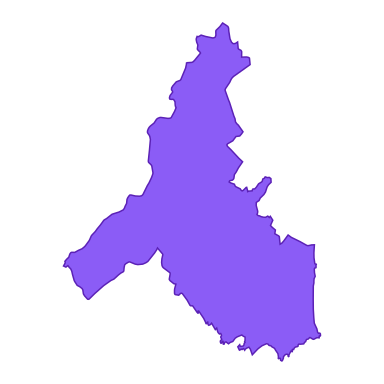 the district of Quynh Luu, Nghệ An, Vietnam
{"feature_id": "81297802B4221517004962", "entity_name": "Quynh Luu", "entity_type": "district", "adm_level": 2, "iso_a3": "VNM", "parent_name": "Vietnam", "parent_adm1": "Nghệ An", "projection": "equal_earth", "projection_center": [105.608, 19.233], "detail": "fine", "context": "isolated", "style": "filled", "palette": "violet", "viewbox_px": 384, "rotation_deg": 0, "n_neighbors": 0, "source": "geoboundaries", "source_scale": "gbopen_adm2", "svg_char_len": 6013}
<svg xmlns="http://www.w3.org/2000/svg" viewBox="0 0 384 384"><path d="M252.3,354.8L257.8,349.0L259.4,347.7L262.1,345.7L266.5,343.7L268.0,344.1L268.7,345.1L269.3,345.5L270.8,345.7L272.0,346.9L273.9,347.9L274.7,348.6L275.5,350.1L277.9,353.6L278.4,356.6L278.3,358.5L278.6,358.7L279.6,358.3L280.2,358.3L280.5,358.9L280.6,360.3L281.9,361.0L282.6,360.2L283.4,358.2L283.5,356.7L285.0,354.9L285.8,354.4L286.8,354.2L287.4,354.3L288.0,354.9L288.1,356.2L288.6,356.6L288.9,356.4L288.9,355.2L289.3,354.2L290.9,351.1L291.5,350.9L291.8,351.6L292.3,351.6L292.2,350.0L292.4,349.5L293.0,349.3L293.6,349.6L294.2,348.2L294.8,347.5L295.5,347.0L297.2,346.7L297.7,346.4L298.1,346.1L298.1,345.1L298.4,344.5L298.9,344.1L300.3,344.2L303.7,343.9L304.6,342.3L305.6,341.7L306.3,339.8L306.7,339.4L308.3,339.0L309.6,337.6L310.0,337.5L312.9,339.2L313.8,339.3L316.8,337.7L319.2,337.8L319.2,336.2L319.4,335.9L320.3,336.0L320.5,335.7L320.4,333.9L320.1,333.4L319.7,333.1L318.5,333.3L317.6,332.2L316.9,328.9L314.3,323.2L313.8,317.7L313.3,309.3L313.2,299.4L313.3,286.0L313.9,283.0L313.9,280.9L314.1,278.7L315.2,276.3L314.5,272.8L314.3,269.4L314.5,268.4L314.9,268.0L315.8,267.8L316.0,267.4L316.1,267.0L315.9,265.8L316.3,264.3L316.1,264.1L315.2,264.0L314.8,263.5L314.0,257.8L313.9,252.9L314.4,244.8L311.7,244.9L308.5,245.6L307.4,245.6L306.8,245.4L300.0,241.6L291.4,237.4L288.1,235.0L283.8,240.9L281.9,243.1L280.1,244.2L279.3,236.6L278.7,235.9L274.8,233.7L275.4,230.0L272.1,227.2L270.5,225.5L272.8,220.2L270.3,216.3L269.3,217.5L267.8,216.1L265.5,217.3L263.5,217.2L261.0,216.6L259.7,215.9L258.2,215.6L257.0,214.6L257.6,212.8L257.7,211.2L256.2,205.5L256.3,202.4L259.1,200.5L260.2,198.1L263.9,194.5L265.1,192.6L265.5,192.0L267.0,187.3L267.5,186.3L268.6,184.7L271.1,182.3L270.9,178.6L269.3,177.4L267.2,177.6L265.5,176.9L264.9,177.1L264.4,178.2L262.8,179.0L262.3,181.0L261.8,181.8L258.6,183.8L256.2,187.4L254.7,188.9L252.9,189.0L252.5,189.5L252.2,190.8L249.1,191.1L247.7,191.6L247.7,190.4L247.4,190.1L246.7,187.3L246.2,187.4L243.2,190.4L242.1,190.9L241.1,190.2L240.2,188.8L235.8,186.7L235.0,185.8L234.4,184.2L230.7,182.9L229.2,182.1L229.3,181.4L229.8,180.7L232.5,180.1L233.5,179.1L233.9,178.2L234.4,174.6L236.2,172.0L238.4,167.9L242.6,161.8L238.5,157.9L231.0,149.8L227.5,146.4L227.0,145.3L226.9,144.7L227.6,143.8L232.8,140.8L236.0,136.5L239.7,136.0L241.4,134.1L243.0,131.8L238.4,125.2L236.7,123.6L235.5,121.9L235.0,118.7L233.9,116.1L229.6,102.6L228.5,99.9L225.2,90.6L225.1,89.6L225.6,88.5L229.7,82.4L231.1,79.4L232.1,77.9L233.6,76.4L250.1,64.6L249.5,58.4L249.4,58.0L248.4,57.4L246.7,57.0L241.6,57.1L241.7,51.9L241.6,51.4L241.0,50.4L238.5,49.0L238.2,48.6L237.6,42.0L235.5,43.4L233.9,43.7L232.9,43.5L231.5,42.2L230.0,38.8L228.8,31.2L228.6,28.3L228.3,27.2L227.8,26.4L225.8,25.0L222.6,23.0L219.9,26.6L216.1,30.3L215.9,30.8L215.8,31.6L215.9,35.1L215.4,36.7L215.1,37.2L214.7,37.5L213.0,38.0L205.7,36.5L201.1,35.1L199.0,36.4L197.9,36.7L197.1,36.4L196.3,38.5L196.2,39.7L196.7,42.2L197.7,44.6L197.8,45.3L197.3,49.0L197.7,49.8L200.3,52.5L200.5,53.1L194.7,60.2L193.2,61.7L192.2,62.3L191.5,62.4L187.1,62.7L186.5,63.0L186.4,64.4L185.6,68.1L180.9,79.4L180.5,80.0L180.0,80.4L176.3,81.8L172.7,86.0L171.6,87.9L171.5,89.8L172.5,91.2L172.6,92.2L170.1,95.5L169.5,97.4L169.5,98.3L169.8,99.1L171.1,99.4L172.8,99.3L173.5,99.5L174.1,100.2L175.0,101.8L175.2,105.2L175.6,107.0L176.0,107.3L176.0,107.9L174.6,111.3L171.3,117.4L170.8,117.9L170.0,118.2L168.0,118.4L160.7,117.4L159.5,117.6L157.6,118.4L156.5,119.3L154.1,123.0L150.4,126.0L149.2,127.3L148.4,128.6L147.6,130.6L147.4,132.1L147.8,133.2L149.4,135.5L149.9,136.9L150.4,139.5L149.4,150.7L148.3,161.1L148.4,161.7L148.6,162.4L151.1,164.8L151.8,166.0L153.0,173.1L152.6,174.6L151.5,177.6L149.0,182.9L147.3,185.7L143.0,194.4L142.3,195.2L141.5,195.8L139.5,196.2L135.4,196.0L131.0,195.0L129.9,195.0L128.9,196.0L127.7,197.8L127.0,199.4L126.6,203.4L125.2,206.1L124.3,208.4L123.2,209.9L119.1,212.0L112.1,214.2L106.5,218.6L104.4,219.8L103.8,220.3L100.4,225.0L97.3,228.7L95.3,231.5L91.8,235.2L91.2,236.1L89.6,239.8L88.9,241.0L85.3,245.9L84.2,247.0L82.0,248.8L78.5,250.3L75.1,252.2L74.5,252.4L72.0,252.3L71.3,252.4L70.7,252.8L69.8,254.1L68.8,257.2L66.6,259.3L64.9,261.3L65.2,262.1L65.0,263.3L63.5,266.0L65.9,267.1L67.9,265.6L69.0,267.1L70.8,269.0L71.8,271.3L72.5,274.5L74.2,280.5L74.7,281.5L77.2,285.4L79.7,286.7L82.0,288.5L82.8,289.8L83.4,293.8L83.8,294.6L84.7,296.0L87.6,299.2L88.5,299.3L89.1,299.1L94.7,293.6L103.7,285.6L110.9,280.5L113.9,279.1L118.6,274.8L120.8,273.1L123.2,271.8L123.8,271.0L124.1,267.6L124.7,264.8L125.7,263.8L128.3,262.2L129.3,261.9L130.0,262.0L135.1,264.1L137.8,264.6L142.8,264.1L145.8,262.8L147.8,261.5L154.5,253.1L156.6,249.9L157.5,248.0L162.6,254.0L162.8,254.7L161.9,258.8L161.6,262.4L162.0,265.5L162.6,266.9L163.5,267.9L169.9,272.7L170.2,273.8L169.3,278.9L169.3,279.5L170.0,280.6L173.8,283.7L175.9,284.1L174.7,288.6L174.5,290.1L174.5,293.3L174.9,294.3L175.3,294.6L178.7,295.2L180.6,293.4L181.3,293.2L182.3,293.5L187.1,300.1L190.0,305.3L190.7,305.8L192.5,305.8L192.9,306.2L196.9,312.1L197.8,313.1L198.0,313.2L198.3,312.9L198.0,311.4L198.1,311.1L198.7,311.0L199.0,311.4L203.7,318.4L205.5,322.1L206.0,323.6L206.3,323.7L207.4,322.2L207.7,322.1L207.9,324.0L208.3,324.9L208.8,325.3L210.4,324.6L211.6,323.2L215.3,329.6L216.7,328.1L217.7,331.8L218.3,332.8L219.4,334.0L220.7,333.5L221.4,334.9L221.5,335.8L220.9,336.5L220.8,337.4L221.5,338.7L221.7,339.4L220.6,340.6L220.3,341.1L220.4,342.2L220.9,343.2L221.3,343.2L222.5,341.3L222.9,341.2L223.1,341.5L223.2,342.0L223.1,343.9L223.5,344.2L223.9,344.2L224.3,343.9L224.6,342.7L225.0,342.2L226.0,341.9L228.5,343.8L230.3,342.4L232.8,341.5L235.2,338.2L237.3,336.8L241.8,335.0L243.4,336.3L245.0,337.0L245.1,338.0L245.0,340.8L244.6,341.6L245.0,342.3L244.9,342.6L244.2,343.3L243.9,345.1L243.1,346.0L242.1,346.3L240.2,346.3L239.7,344.7L237.8,346.8L239.3,350.0L239.7,350.2L241.0,349.2L241.4,349.1L241.9,349.5L242.2,349.5L243.2,348.6L243.6,348.6L244.7,350.2L245.1,349.4L245.6,348.9L246.8,348.1L248.9,347.2L250.3,349.1L252.3,354.8Z" fill="#8b5cf6" stroke="#5b21b6" stroke-width="1.5"/></svg>